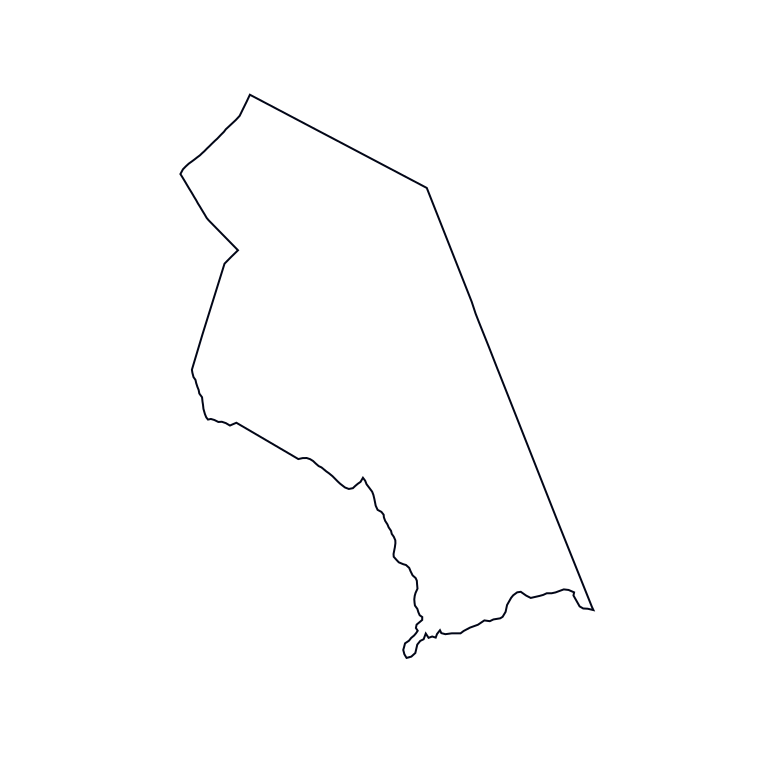 Iuiu, Bahia, Brazil (Albers equal-area conic projection), rotated 320°
{"feature_id": "56859067B30006317173960", "entity_name": "Iuiu", "entity_type": "district", "adm_level": 2, "iso_a3": "BRA", "parent_name": "Brazil", "parent_adm1": "Bahia", "projection": "albers", "projection_center": [-43.619, -14.491], "detail": "fine", "context": "isolated", "style": "outline", "palette": "ink", "viewbox_px": 768, "rotation_deg": 320, "n_neighbors": 0, "source": "geoboundaries", "source_scale": "gbopen_adm2", "svg_char_len": 2553}
<svg xmlns="http://www.w3.org/2000/svg" viewBox="0 0 768 768"><g transform="rotate(320 384 384)"><path d="M499.4,389.0L504.0,377.5L542.8,261.3L507.5,174.8L495.7,146.0L467.2,76.2L460.3,79.4L453.0,82.6L445.8,85.8L440.2,86.5L434.6,86.8L426.5,87.2L423.6,87.9L419.1,88.3L413.8,88.9L410.8,89.0L406.5,89.3L403.3,89.6L399.9,89.8L396.0,90.2L392.8,90.3L389.9,90.5L386.7,90.3L383.4,90.2L380.0,90.0L376.1,89.7L371.9,89.9L368.0,90.3L363.0,92.3L362.5,95.8L361.7,100.9L360.9,105.7L360.3,109.4L359.6,114.2L358.8,118.8L358.3,122.2L357.5,126.2L357.0,129.9L356.5,132.9L356.1,135.5L355.6,138.8L354.9,142.8L354.9,145.9L358.1,187.7L348.6,188.4L339.2,189.3L276.7,229.4L246.0,249.6L244.4,252.3L242.5,256.3L242.2,259.7L240.7,262.6L239.2,266.3L238.2,269.4L236.4,272.6L236.1,277.2L233.6,280.9L232.1,283.4L229.7,287.0L227.5,291.9L226.4,295.3L226.3,298.1L228.9,299.5L230.9,302.5L232.7,306.6L235.5,308.7L237.7,312.3L239.3,316.8L242.4,317.7L246.0,318.8L269.2,383.8L270.1,386.4L274.1,388.5L277.2,391.0L279.1,394.1L280.2,397.5L280.6,401.1L281.2,404.9L282.5,407.7L283.6,413.8L284.4,416.8L285.3,421.5L285.6,425.1L285.9,428.9L286.3,432.2L287.6,438.2L289.6,441.8L293.2,443.8L296.6,443.6L299.8,443.6L303.1,443.9L307.6,442.3L307.4,446.0L306.2,449.6L306.0,453.9L305.7,458.9L304.6,462.1L302.7,465.9L299.4,471.9L298.2,476.3L299.8,480.3L299.7,483.9L298.2,486.1L296.9,489.7L296.4,493.7L295.4,496.9L295.0,501.0L293.6,503.8L293.3,507.3L292.2,511.0L290.4,513.3L287.2,516.2L284.2,518.6L282.0,520.4L280.4,522.6L280.5,526.7L280.7,530.1L282.9,534.4L284.5,536.8L285.1,541.1L284.0,544.5L282.9,549.0L283.5,553.0L282.7,555.8L280.8,558.4L278.1,562.3L273.9,564.3L271.4,566.0L268.8,568.4L266.8,571.2L265.3,573.6L265.0,577.7L263.6,581.0L262.7,584.1L263.5,587.1L261.6,589.3L257.8,589.3L254.3,589.3L251.6,591.4L251.2,594.7L248.4,595.5L245.4,596.0L241.6,596.0L238.1,596.7L233.4,596.2L230.6,598.2L227.8,600.1L225.9,604.1L225.2,608.3L229.7,610.4L235.1,610.2L242.0,605.0L246.7,604.1L250.3,605.0L255.6,602.0L255.0,607.1L258.6,608.4L260.6,611.5L263.9,609.6L268.6,608.6L267.8,611.7L270.2,615.1L275.4,618.4L282.4,624.2L286.3,624.4L293.3,625.9L301.2,628.8L308.9,629.6L312.6,633.7L316.5,634.7L322.4,638.2L325.2,638.6L330.7,636.7L336.2,632.4L344.0,629.5L347.2,628.9L352.1,629.2L355.2,631.1L356.9,637.5L358.9,642.2L366.9,646.3L370.4,647.9L374.1,648.9L377.8,652.0L381.4,653.9L389.7,656.9L393.0,660.4L395.7,665.8L393.2,667.8L390.9,680.1L392.3,684.0L395.6,687.1L399.1,691.8L400.0,688.4L429.0,600.0L464.6,493.5L479.7,448.2L480.6,445.4L488.1,423.2L496.5,397.6L499.4,389.0Z" fill="none" stroke="#020617" stroke-width="2"/></g></svg>